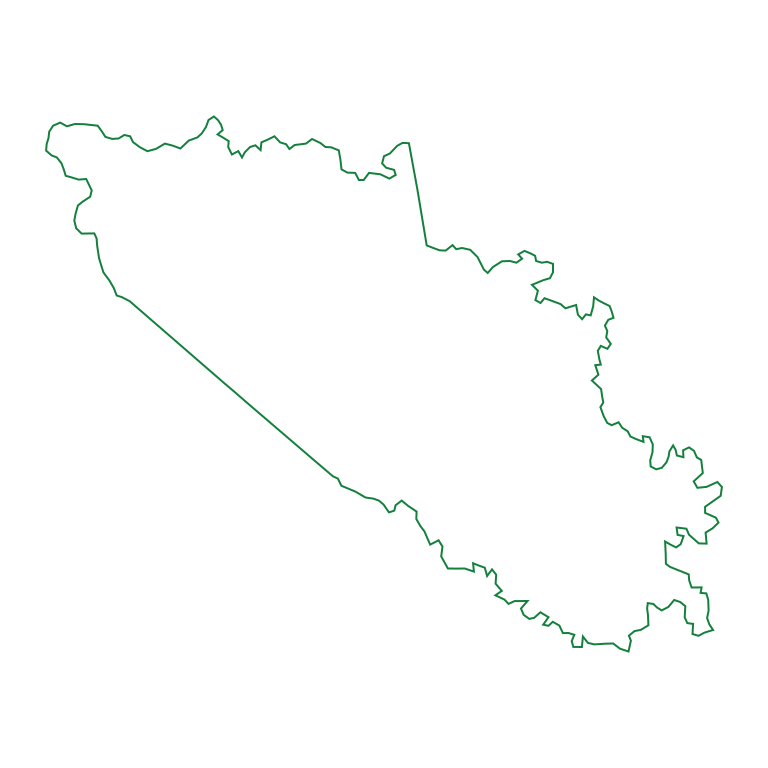 outline of Rio Azul, Paraná, Brazil
{"feature_id": "56859067B94937629872917", "entity_name": "Rio Azul", "entity_type": "district", "adm_level": 2, "iso_a3": "BRA", "parent_name": "Brazil", "parent_adm1": "Paraná", "projection": "albers", "projection_center": [-50.76, -25.731], "detail": "fine", "context": "isolated", "style": "outline", "palette": "green", "viewbox_px": 768, "rotation_deg": 0, "n_neighbors": 0, "source": "geoboundaries", "source_scale": "gbopen_adm2", "svg_char_len": 3948}
<svg xmlns="http://www.w3.org/2000/svg" viewBox="0 0 768 768"><path d="M129.7,301.2L223.7,382.7L235.1,392.4L246.7,402.5L312.2,458.6L332.8,476.2L338.0,478.7L341.3,485.7L355.4,491.6L365.5,497.5L373.3,498.6L378.9,500.6L383.6,504.6L389.0,512.4L394.3,510.6L395.6,505.2L401.7,500.6L408.0,505.8L416.6,511.6L416.3,519.0L420.7,526.5L424.4,531.3L427.4,538.3L430.2,544.6L438.6,540.3L442.5,546.6L441.2,556.4L447.9,568.5L456.4,568.6L464.8,568.5L473.9,571.6L473.1,563.3L479.2,565.7L484.8,567.7L487.1,576.0L492.0,569.4L496.2,574.7L495.6,583.7L501.8,590.9L495.4,595.3L504.5,599.6L508.5,603.9L514.5,601.1L527.5,601.0L521.0,608.5L523.6,614.8L529.3,618.9L534.2,617.8L540.4,612.3L548.5,617.2L543.2,624.7L548.5,625.8L552.8,621.8L559.4,625.6L562.9,633.1L568.5,633.0L574.3,634.8L571.7,641.1L573.3,646.9L581.9,647.0L582.9,636.5L587.9,642.9L594.3,644.4L605.2,643.7L613.2,643.5L620.0,648.7L628.5,651.5L630.9,640.6L628.9,635.7L634.5,631.1L640.7,629.9L648.4,625.3L648.0,615.2L647.1,608.4L647.8,603.1L653.4,604.0L657.0,607.5L661.7,610.4L668.3,607.0L674.2,600.0L680.2,602.0L685.3,606.1L684.7,617.3L687.3,623.1L693.1,623.9L692.5,634.0L698.5,635.8L704.5,632.6L713.1,630.0L709.3,624.3L707.1,618.0L708.6,610.7L708.2,599.7L706.3,593.4L700.6,592.9L701.6,587.4L691.6,587.5L689.2,580.4L688.7,574.4L670.0,566.9L665.9,563.8L665.7,554.0L665.1,541.5L670.8,544.8L676.1,547.4L680.7,544.2L683.6,536.1L677.6,534.9L676.6,527.5L686.4,528.7L689.0,534.7L698.8,543.4L706.6,543.6L705.6,532.6L712.6,528.3L718.5,522.6L715.9,517.7L705.1,512.9L705.1,506.8L720.7,495.8L721.9,487.0L717.4,482.0L706.5,486.9L697.4,487.8L693.7,481.4L702.8,473.0L701.2,459.9L696.9,457.5L694.0,450.9L689.1,447.4L683.1,450.3L683.4,457.2L676.9,455.5L675.6,449.8L673.1,445.4L669.4,451.4L668.6,456.6L666.5,462.3L661.8,467.8L656.2,469.3L650.7,466.5L650.2,460.3L652.5,452.3L652.8,444.5L649.6,437.3L642.8,436.2L643.5,441.9L635.2,438.7L630.4,436.5L627.7,431.3L622.2,427.8L618.6,422.3L611.6,425.2L607.2,422.9L603.6,415.9L600.4,407.1L603.3,402.5L602.3,397.3L601.1,389.1L591.9,380.5L598.4,374.7L595.3,365.2L600.8,364.6L599.4,359.5L597.8,350.8L600.8,345.9L607.4,348.8L610.8,343.9L606.2,337.4L607.3,331.0L604.9,325.6L608.3,319.8L613.5,317.8L611.7,311.5L609.6,306.0L604.8,303.7L598.7,300.5L594.0,297.3L593.2,306.2L590.7,315.4L585.9,314.4L582.1,319.2L577.9,314.6L576.1,305.0L565.4,308.3L560.6,304.1L551.7,300.8L544.5,298.2L540.5,303.0L535.4,300.1L537.9,290.7L532.0,284.8L543.2,280.2L549.9,278.2L553.0,272.3L553.0,263.9L547.1,261.8L541.9,262.7L536.1,261.0L535.1,255.8L530.7,253.5L524.5,250.9L518.2,254.4L522.1,258.7L516.4,262.7L510.0,261.0L501.9,261.3L493.0,267.0L487.7,273.0L483.9,269.6L477.5,257.0L470.2,249.8L462.0,248.0L456.2,249.2L452.6,245.1L445.6,250.6L439.6,250.3L433.3,248.0L426.7,245.4L417.5,190.1L408.9,143.2L402.5,142.9L397.2,145.8L389.9,153.5L384.0,156.2L382.1,163.4L386.1,167.7L394.1,169.9L395.7,174.9L389.4,178.6L380.4,174.3L369.0,172.9L363.7,180.0L358.9,180.0L355.2,172.9L347.4,172.6L341.5,169.4L340.4,159.6L338.8,150.4L331.2,147.3L325.4,147.0L320.4,143.0L312.0,139.0L306.0,143.6L294.7,145.0L289.4,149.0L286.1,144.2L280.1,142.4L274.5,136.3L268.4,139.3L261.4,142.4L260.6,150.1L255.4,145.3L250.1,147.0L244.8,152.3L242.0,157.5L238.3,151.1L231.9,154.5L228.2,147.0L228.7,141.1L222.9,137.5L217.6,134.4L222.7,130.1L221.1,124.9L218.1,120.2L213.9,116.5L208.5,120.0L206.0,127.0L201.7,133.5L197.3,137.5L188.9,140.5L180.4,148.5L172.6,145.6L164.9,143.6L156.0,148.9L147.4,151.2L139.7,147.1L132.9,142.0L130.2,136.3L124.3,135.0L118.6,138.5L112.1,138.9L105.4,136.9L102.2,131.9L97.7,125.7L84.0,124.2L74.9,124.0L66.9,126.3L60.2,122.6L53.1,125.7L49.2,131.7L48.5,138.1L46.7,143.8L46.1,150.6L51.6,155.4L56.8,157.4L61.5,163.4L63.8,169.5L65.7,175.8L70.9,177.2L78.7,179.6L86.2,179.0L88.5,183.8L91.7,190.4L90.2,196.7L82.6,201.7L77.9,205.5L75.5,214.1L74.3,220.6L76.2,228.3L81.6,233.6L94.3,233.4L96.6,238.5L97.2,246.1L99.1,258.4L103.4,272.4L109.4,280.5L113.6,287.7L116.7,295.5L122.0,297.2L129.7,301.2Z" fill="none" stroke="#15803d" stroke-width="2"/></svg>